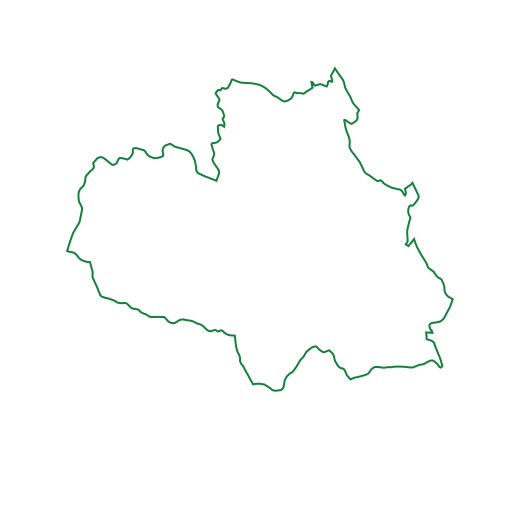 outline of Song Cong, Thái Nguyên, Vietnam, rotated 338°
{"feature_id": "81297802B66276855595229", "entity_name": "Song Cong", "entity_type": "district", "adm_level": 2, "iso_a3": "VNM", "parent_name": "Vietnam", "parent_adm1": "Thái Nguyên", "projection": "equal_earth", "projection_center": [105.825, 21.486], "detail": "fine", "context": "isolated", "style": "outline", "palette": "green", "viewbox_px": 512, "rotation_deg": 338, "n_neighbors": 0, "source": "geoboundaries", "source_scale": "gbopen_adm2", "svg_char_len": 6118}
<svg xmlns="http://www.w3.org/2000/svg" viewBox="0 0 512 512"><g transform="rotate(338 256 256)"><path d="M428.5,246.8L426.8,247.6L424.6,248.3L422.7,248.5L421.4,249.1L419.4,249.3L418.6,253.8L417.5,255.3L416.8,255.7L416.3,254.9L415.9,251.4L415.0,249.0L413.5,247.7L412.6,247.3L407.2,243.3L403.4,239.1L401.7,236.5L400.9,234.1L399.8,232.4L398.7,232.5L396.9,232.1L395.7,230.8L391.1,223.5L388.8,220.6L388.2,219.0L387.9,216.6L387.8,213.6L387.4,208.1L386.8,205.5L386.2,203.5L385.9,201.8L383.8,194.5L383.5,191.3L383.5,190.2L383.9,188.9L385.5,185.7L386.4,183.0L386.7,179.7L386.7,176.7L386.8,173.2L387.3,169.6L388.6,163.3L388.8,163.0L389.1,163.0L389.6,163.2L393.0,168.3L394.0,169.2L395.1,169.2L399.5,168.2L401.2,167.1L402.4,165.0L403.2,161.8L406.3,159.3L403.5,151.5L403.1,149.4L403.1,145.7L403.0,142.9L401.9,136.2L401.8,133.3L402.0,131.5L402.6,128.2L402.5,124.8L401.4,120.5L399.4,111.6L398.5,112.5L393.0,116.9L392.4,122.2L392.0,122.9L391.3,122.8L390.1,121.4L389.3,121.1L388.1,121.6L386.5,124.0L385.1,125.3L384.3,124.7L380.8,121.3L379.7,120.7L374.5,120.1L373.9,119.0L373.8,117.1L373.4,116.0L372.6,115.5L371.9,118.5L371.5,121.1L368.0,121.9L364.5,122.4L360.9,123.4L360.5,123.2L359.3,122.2L354.7,120.1L352.9,118.6L351.9,119.1L348.9,122.4L347.1,123.2L343.7,123.8L340.7,123.5L339.5,122.9L337.9,121.0L336.1,118.0L334.7,116.1L332.4,113.8L331.9,112.9L331.1,110.7L329.1,106.3L327.8,104.0L326.0,101.5L323.5,98.8L320.6,96.6L316.3,94.0L307.3,89.8L304.7,87.7L300.5,83.6L299.9,83.4L299.6,83.5L299.2,83.8L298.7,84.5L296.6,86.6L293.3,89.3L291.9,89.7L290.2,89.5L288.0,87.8L287.6,87.6L286.8,87.9L285.1,88.9L282.8,87.9L281.5,88.8L279.7,89.7L279.5,90.6L280.8,96.6L280.5,97.7L277.2,101.1L276.6,102.8L276.6,104.0L278.7,106.9L279.2,108.4L279.3,110.7L279.0,114.2L277.9,115.4L276.7,116.0L276.2,117.1L276.4,119.5L276.4,120.9L276.0,122.4L274.8,124.2L273.7,122.2L272.0,121.0L270.5,121.0L269.3,121.2L267.2,127.3L267.0,129.7L267.1,133.0L266.9,134.0L266.6,134.5L263.6,135.7L262.3,136.0L260.8,135.8L257.7,135.1L257.2,135.2L256.5,135.9L256.2,137.7L255.8,144.0L255.5,145.8L254.4,147.3L252.4,149.3L251.6,150.4L251.6,152.3L251.8,154.4L253.4,161.4L253.5,163.4L253.2,164.5L252.5,165.8L247.5,171.4L238.9,163.4L233.2,157.4L232.8,155.9L232.7,154.2L233.8,150.9L235.0,144.7L234.9,140.6L234.4,136.8L233.1,133.6L231.1,131.5L221.7,124.2L219.6,121.2L218.3,119.7L213.1,119.6L211.4,120.3L209.4,122.3L208.6,124.0L208.3,126.2L207.9,127.4L207.2,128.5L204.5,128.6L200.6,128.0L197.9,126.9L195.2,124.5L193.4,121.8L192.8,119.8L192.5,117.7L191.7,115.9L185.4,111.1L183.1,110.3L182.2,110.8L181.6,111.5L180.2,114.6L178.0,116.4L175.3,117.9L172.8,118.4L170.1,116.2L166.6,114.0L165.7,114.2L164.0,115.3L161.7,117.7L159.1,118.1L157.6,118.1L156.3,116.9L154.7,113.8L151.2,107.6L149.0,106.1L145.8,105.8L139.8,108.8L139.6,110.5L139.2,112.4L138.3,113.7L137.4,114.2L134.4,115.2L130.3,117.1L128.1,118.3L127.4,119.2L125.3,123.1L122.7,126.0L121.2,126.8L118.3,127.9L116.5,129.4L114.9,131.4L113.5,134.8L112.5,138.3L112.3,139.6L112.7,143.8L112.7,146.0L112.1,147.8L107.4,155.0L105.4,158.0L103.4,159.8L95.2,166.0L89.2,172.7L82.7,180.7L85.3,182.7L88.0,184.4L89.0,185.6L90.0,187.5L91.0,191.0L91.8,192.9L92.8,194.3L94.3,195.9L97.0,198.1L99.8,199.5L98.5,209.8L98.1,210.9L97.4,212.1L96.7,214.0L96.5,215.1L97.0,225.9L96.9,229.7L97.0,231.5L96.8,233.5L97.1,234.5L98.1,236.2L101.2,238.8L103.3,240.2L106.6,243.1L108.6,245.1L109.4,246.4L110.5,247.6L111.9,248.5L113.8,249.5L116.7,250.3L118.0,251.2L118.9,252.6L120.2,255.9L120.7,257.0L121.4,257.9L122.6,259.1L124.0,259.6L126.2,261.2L127.2,262.3L127.7,264.1L128.7,265.5L130.2,267.3L131.9,268.6L134.6,272.4L136.2,273.4L142.8,275.9L147.9,278.2L148.4,278.8L150.3,284.1L152.0,286.0L154.3,287.4L155.8,287.7L158.8,287.2L159.8,286.9L162.2,286.8L164.8,287.5L166.5,288.8L171.3,291.6L173.5,293.4L176.1,296.5L178.1,297.9L179.4,299.3L180.2,300.4L183.1,306.5L184.2,307.9L186.1,308.9L190.1,309.1L191.6,310.5L192.4,311.7L193.1,312.0L195.0,311.7L195.7,311.8L196.2,312.0L197.1,313.2L197.5,314.4L199.2,317.2L200.7,318.7L202.2,319.8L206.5,321.9L204.5,329.1L203.2,334.7L203.1,336.0L203.0,338.0L203.0,339.5L203.3,341.0L203.2,343.4L202.8,345.2L201.8,347.5L201.8,348.3L201.9,350.1L202.1,351.3L202.6,352.4L202.8,353.3L203.5,360.1L203.8,361.7L204.5,368.6L205.1,372.1L205.2,373.9L207.8,374.4L211.6,375.8L215.7,378.3L219.4,383.5L221.2,386.7L223.7,388.3L229.1,389.7L232.0,388.5L236.3,381.7L239.5,379.2L243.8,377.5L246.5,377.3L251.7,374.0L258.0,369.2L262.4,367.1L266.7,363.8L271.2,362.3L273.7,361.7L276.6,361.9L278.2,362.6L279.5,366.4L282.0,370.1L283.3,370.7L285.4,370.8L288.2,370.8L288.6,370.9L288.9,371.3L289.1,372.1L290.2,374.4L290.6,376.1L290.7,378.5L290.3,380.0L290.0,382.7L290.1,384.1L290.4,385.4L290.5,387.0L291.0,388.9L291.8,390.7L293.2,392.2L294.3,392.8L294.8,393.4L295.1,394.0L295.5,395.8L295.6,400.5L295.8,401.5L296.7,403.7L297.0,405.2L297.3,405.7L301.3,405.7L307.6,406.7L312.4,407.2L314.9,407.2L316.3,407.0L318.1,405.9L320.0,404.5L322.7,403.6L324.3,403.4L327.4,404.5L332.1,407.2L334.4,408.0L336.7,408.4L338.8,409.5L342.8,410.4L348.1,412.5L352.7,414.6L356.4,416.7L359.1,417.9L360.6,418.1L366.7,418.1L369.2,418.7L371.6,419.0L375.6,418.4L379.0,418.4L380.5,418.9L381.5,419.9L383.7,424.0L384.5,427.5L385.3,428.6L386.4,428.5L387.6,427.6L387.8,425.3L388.2,423.0L388.4,418.5L388.3,409.9L388.5,402.7L388.1,401.9L387.1,400.4L385.4,398.9L383.0,397.0L384.0,394.6L385.1,390.6L390.8,393.3L390.9,390.9L390.5,390.9L390.3,387.4L390.8,385.1L391.4,384.6L392.3,384.2L393.4,384.0L395.1,384.2L397.2,384.9L401.9,385.7L404.0,385.4L406.7,384.3L416.8,375.9L422.2,369.8L418.9,365.5L418.1,363.5L417.7,361.2L417.7,359.2L418.2,357.5L418.8,356.2L419.5,351.7L419.2,349.5L419.2,347.5L418.7,346.3L417.7,345.4L416.5,343.5L415.7,341.5L415.5,340.2L414.8,337.1L411.4,331.6L411.2,329.5L411.4,326.9L409.5,315.9L408.6,307.7L408.7,302.3L408.9,299.5L401.1,303.9L399.2,301.4L402.1,299.3L404.4,292.5L405.2,290.2L406.2,288.3L410.9,281.6L413.5,278.4L413.6,277.7L413.3,275.9L413.3,274.1L413.5,272.8L414.3,270.4L415.5,268.7L416.5,267.7L417.7,267.0L418.3,267.0L419.5,267.8L420.4,268.0L422.0,267.3L424.3,265.9L425.8,265.1L427.6,263.8L428.8,262.6L429.1,261.6L429.3,260.8L428.5,246.8Z" fill="none" stroke="#15803d" stroke-width="2"/></g></svg>